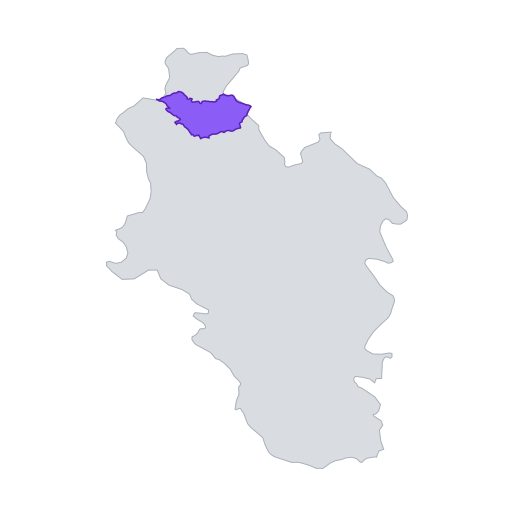 where Jablanicki sits in Republic of Serbia, rotated 192°
{"feature_id": "SRB-843", "entity_name": "Jablanicki", "entity_type": "District", "adm_level": 1, "iso_a3": "SRB", "parent_name": "Republic of Serbia", "parent_adm1": "", "projection": "robinson", "projection_center": [22.002, 42.918], "detail": "fine", "context": "in_parent", "style": "filled", "palette": "violet", "viewbox_px": 512, "rotation_deg": 192, "n_neighbors": 0, "source": "natural_earth", "source_scale": "10m", "svg_char_len": 8870}
<svg xmlns="http://www.w3.org/2000/svg" viewBox="0 0 512 512"><g transform="rotate(192 256 256)"><path d="M291.0,193.3L304.1,196.9L310.0,200.4L313.1,204.9L321.4,207.8L334.9,209.3L344.4,213.9L349.7,221.7L358.3,219.8L370.3,208.3L382.0,205.3L393.6,210.8L400.0,215.3L401.0,218.9L398.4,220.3L391.9,219.6L386.6,221.8L382.5,226.9L381.9,232.3L384.8,238.0L388.9,242.0L394.2,244.2L397.0,247.2L397.4,251.0L398.8,252.0L395.8,253.8L392.5,256.4L390.7,260.9L390.2,268.3L379.9,274.0L376.0,275.0L374.3,278.8L371.6,289.5L372.0,297.6L373.4,301.7L374.0,305.0L377.3,309.2L380.4,315.5L382.4,323.8L386.9,330.2L398.4,336.5L404.1,340.2L408.4,345.6L411.6,350.4L421.1,356.8L420.4,361.4L418.3,365.9L416.2,368.0L411.5,373.8L406.9,377.0L399.3,387.2L387.3,387.7L384.5,388.5L380.0,391.3L377.8,396.4L379.9,400.5L379.7,404.6L377.5,412.6L380.5,421.2L384.7,425.1L385.4,427.4L384.7,431.4L378.4,439.5L376.4,442.6L370.1,444.1L368.0,443.3L364.7,440.5L361.7,439.6L354.1,443.0L346.4,445.0L340.4,443.4L334.4,443.2L330.3,444.6L327.2,445.1L321.0,448.7L311.2,451.2L306.7,450.7L305.0,447.4L303.2,442.6L304.1,440.5L310.6,436.7L311.3,433.1L320.4,416.0L322.1,410.4L322.2,408.5L319.8,407.3L314.9,407.4L292.9,400.4L293.9,392.4L287.5,388.1L280.5,384.2L279.4,380.0L271.7,371.3L266.0,366.4L258.8,364.0L252.6,360.4L248.9,358.3L247.3,354.2L247.3,351.8L245.4,349.5L242.4,349.8L237.3,353.0L231.0,355.8L229.9,357.8L232.2,362.6L233.8,365.6L233.0,368.5L231.0,372.2L218.9,380.3L217.6,383.1L219.8,387.7L218.4,389.8L208.3,392.8L208.5,390.3L207.9,386.3L202.2,382.0L194.1,378.7L176.1,367.4L169.2,365.9L163.0,364.6L154.1,359.2L149.6,358.3L144.5,354.4L133.6,341.4L124.3,334.3L118.0,330.7L116.2,327.2L115.9,323.6L116.1,322.3L121.0,317.3L124.8,316.5L129.6,316.3L132.7,318.9L136.9,319.5L139.2,316.2L140.5,311.4L140.0,305.4L130.2,291.3L121.7,281.4L120.7,279.3L122.6,277.4L125.6,276.4L128.8,277.3L137.2,278.0L145.2,277.1L148.0,274.7L148.1,271.4L145.1,268.4L135.8,260.3L128.6,253.2L120.0,247.8L113.7,245.6L111.8,242.8L111.1,239.8L111.9,234.4L112.4,227.5L113.9,223.1L119.8,214.9L125.4,206.2L128.9,197.8L130.8,190.1L130.2,187.8L127.3,186.2L121.3,184.5L112.8,186.0L105.6,188.8L102.8,189.0L102.0,185.5L103.1,184.0L105.3,184.2L107.2,184.8L109.2,183.3L110.4,178.6L107.7,162.4L113.0,161.0L113.2,158.7L113.7,156.6L119.1,159.4L126.9,159.5L133.7,158.9L134.7,157.3L134.7,155.0L133.3,153.2L130.9,151.8L129.2,149.5L124.6,148.6L110.4,142.8L103.4,136.6L103.8,130.1L105.9,126.5L108.3,125.2L107.6,124.0L99.6,121.0L96.8,116.8L99.2,111.3L95.2,100.4L90.9,93.6L95.3,90.7L96.0,86.5L96.3,84.2L98.1,84.2L105.2,81.4L107.7,79.2L109.2,76.5L110.9,75.9L115.6,78.7L120.5,79.0L126.1,77.2L130.2,74.6L135.2,72.5L137.5,71.1L140.4,68.8L146.3,62.2L152.9,60.8L161.7,62.5L171.2,63.1L178.3,61.5L196.3,63.5L200.2,65.0L202.7,66.7L207.4,72.5L211.8,79.9L218.1,83.3L225.6,87.3L229.4,90.3L235.1,99.2L239.5,103.5L241.0,103.3L242.5,102.2L243.6,101.3L244.8,102.1L244.8,104.8L245.1,110.7L243.9,117.1L245.5,123.1L245.5,125.0L244.4,126.7L244.5,128.2L246.1,129.9L252.2,133.8L257.8,140.0L264.4,144.3L270.4,147.0L274.2,147.2L280.5,152.2L292.9,155.8L296.8,157.0L299.5,159.0L301.5,161.4L301.6,163.9L299.7,165.1L297.0,168.6L295.9,172.7L293.9,173.8L292.0,173.8L290.5,175.1L290.8,176.9L292.5,178.6L295.0,180.2L300.0,181.7L304.9,184.1L304.8,185.9L303.8,187.9L297.6,188.6L293.0,188.9L290.9,189.7L291.0,193.3Z" fill="#d9dde1" stroke="#a8b0b8" stroke-width="1"/><path d="M386.3,388.4L386.2,388.4L385.7,388.7L384.3,388.5L383.1,388.5L382.4,389.1L381.2,390.9L380.3,391.5L378.2,392.5L377.5,393.1L377.0,393.8L376.1,394.1L375.5,394.5L375.1,394.7L374.6,394.8L373.7,395.0L373.4,395.1L373.0,395.6L372.6,396.0L372.3,396.4L371.8,397.0L371.6,397.2L371.4,397.4L370.6,397.9L370.2,398.2L370.0,398.4L369.7,398.5L369.2,398.6L368.4,398.7L368.1,398.8L367.8,399.0L367.6,399.1L367.2,399.5L366.7,400.2L365.8,400.8L365.7,400.9L365.4,400.9L365.2,400.9L364.9,400.9L364.7,400.9L364.3,400.7L364.1,400.7L363.9,400.7L363.7,400.7L363.2,400.9L362.8,400.8L362.4,400.6L362.1,400.4L361.2,400.1L360.6,399.8L360.3,399.6L360.2,399.4L359.9,398.9L359.7,398.8L359.6,398.7L359.4,398.6L358.8,398.4L358.1,398.1L356.6,397.1L356.3,396.8L356.2,396.7L356.2,396.4L356.3,395.8L356.2,395.7L355.9,395.4L355.5,395.3L355.1,395.3L354.8,395.3L354.5,395.4L354.3,395.4L354.2,395.5L353.5,396.3L353.4,396.5L353.2,396.5L352.9,396.6L352.1,396.5L351.8,396.5L351.5,396.4L351.3,396.4L351.2,396.3L351.1,396.2L351.1,395.8L351.6,395.2L351.7,394.8L351.7,394.7L351.1,393.8L351.0,393.6L350.8,393.6L350.7,393.5L350.1,393.5L349.2,393.5L348.9,393.5L348.6,393.6L348.1,393.8L347.5,394.2L347.3,394.3L346.6,394.6L345.5,395.0L344.7,395.2L344.3,395.2L344.1,395.1L343.9,395.0L343.5,394.7L342.9,394.0L342.7,393.9L342.3,393.7L342.1,393.7L341.8,393.7L341.7,393.7L341.5,393.8L341.4,393.9L341.2,394.3L341.0,394.7L340.9,395.5L340.7,395.9L340.6,396.1L340.0,396.4L339.5,396.6L337.7,397.1L337.1,397.0L336.6,397.0L335.7,397.2L335.0,397.4L334.8,397.4L334.3,397.4L333.4,397.3L333.2,397.3L332.9,397.4L332.1,397.6L331.8,397.7L331.6,397.7L331.3,397.7L331.1,397.7L330.2,397.9L329.7,397.9L329.4,397.9L329.3,398.0L327.9,398.4L327.7,398.5L327.1,398.9L327.0,399.1L326.9,399.2L326.9,399.4L326.9,399.6L327.0,399.7L327.2,400.1L327.3,400.2L327.2,400.4L327.1,400.5L326.6,400.7L326.5,400.8L326.3,400.9L326.1,401.3L325.9,401.4L325.7,401.6L325.2,401.9L325.0,402.0L324.9,402.1L324.8,402.3L324.8,402.5L324.8,403.2L324.8,404.0L324.9,404.8L324.8,405.1L324.6,405.3L323.8,405.9L323.5,406.1L322.8,406.4L322.6,406.5L322.3,406.7L321.5,407.6L321.0,407.3L318.6,406.8L316.9,406.8L313.4,408.3L312.2,408.3L310.8,407.5L308.2,404.5L307.0,403.5L305.2,402.9L297.0,401.9L294.1,402.0L292.7,401.6L291.9,401.1L292.0,400.8L292.3,400.5L292.6,400.0L292.9,398.5L294.0,395.1L294.3,393.5L294.3,391.4L296.3,389.7L296.7,388.7L296.7,388.0L296.8,387.8L296.9,387.5L297.5,386.9L297.6,386.6L297.6,386.1L297.6,385.9L297.7,385.3L297.6,385.1L297.6,384.7L297.6,384.4L297.7,384.2L298.0,384.0L298.2,383.8L298.6,383.6L298.9,383.4L299.1,383.1L299.2,382.9L299.6,382.4L299.7,382.1L299.7,381.9L299.6,381.7L299.2,381.1L299.1,380.9L298.9,380.4L298.9,380.2L298.5,379.9L298.4,379.7L298.1,379.1L297.9,378.6L297.8,378.4L297.8,378.1L298.0,377.9L299.1,377.5L299.8,377.3L301.9,376.0L302.4,375.7L302.8,375.3L303.0,375.1L303.5,374.5L303.6,374.3L303.8,374.1L304.7,373.5L304.9,373.4L305.2,373.3L305.6,373.1L305.9,373.1L306.2,373.0L308.9,373.1L309.2,373.0L309.6,373.0L309.9,372.9L310.2,372.7L310.9,372.2L311.6,371.8L311.9,371.6L312.0,371.4L312.4,370.7L312.6,370.5L312.7,370.4L313.0,370.2L313.3,370.2L313.5,370.2L313.8,370.3L314.4,370.7L314.5,370.7L314.6,370.8L314.7,370.7L314.9,370.7L315.2,370.5L315.9,370.3L316.6,370.1L316.7,369.9L317.0,369.5L317.4,369.2L317.9,368.9L318.4,368.3L318.7,368.0L318.9,367.9L319.9,367.3L320.8,366.9L321.3,366.7L321.8,366.6L322.6,366.5L322.9,366.4L323.8,366.2L324.0,366.0L325.6,364.9L326.1,364.4L326.6,363.8L327.2,363.4L327.3,363.2L327.2,362.9L326.9,362.5L326.5,361.8L327.9,361.7L328.5,361.7L330.0,361.7L330.6,361.6L331.2,361.4L331.7,361.2L332.4,360.8L333.5,360.2L334.5,359.3L337.1,362.3L338.0,361.7L338.6,361.7L339.0,361.6L339.5,361.4L340.6,360.6L340.8,360.5L341.2,360.4L341.4,360.4L341.5,360.4L341.7,360.5L341.9,360.6L342.2,361.0L342.3,361.2L342.7,361.4L342.9,361.5L343.1,361.6L343.3,361.6L343.5,361.5L344.0,361.2L344.4,361.2L344.5,361.2L344.6,361.3L344.8,361.9L345.0,362.2L345.1,362.3L345.3,362.5L345.9,362.8L346.1,362.9L346.3,363.0L346.7,363.6L347.1,364.0L347.5,364.5L348.3,365.2L348.5,365.4L349.0,365.7L349.4,366.0L349.6,366.1L350.2,366.3L350.3,366.4L350.7,366.7L351.0,366.9L351.4,367.1L352.1,367.3L352.5,367.5L352.9,367.8L353.4,368.2L353.6,368.4L354.3,369.3L354.7,369.7L355.2,369.7L355.8,369.6L356.1,369.6L356.4,369.6L356.9,369.8L357.4,370.0L357.6,370.1L357.8,370.1L358.0,370.1L359.4,369.9L359.6,369.8L359.8,369.8L360.0,369.6L360.5,369.0L361.1,368.2L361.6,368.7L362.2,369.1L363.0,369.7L363.1,369.9L363.1,370.0L362.4,370.6L362.0,371.1L361.8,371.2L361.7,371.3L361.1,371.5L360.9,371.6L360.3,371.9L360.2,372.0L359.8,372.4L359.7,372.6L358.6,373.4L358.5,373.5L358.4,373.7L358.4,373.9L358.5,374.1L358.7,374.3L359.6,374.8L359.8,374.9L360.2,375.0L361.2,375.2L361.5,375.2L361.8,375.4L362.0,375.5L362.6,376.1L362.9,376.3L363.1,376.4L363.3,376.5L363.5,376.5L364.3,376.3L364.6,376.3L364.9,376.3L365.3,376.4L365.6,376.5L366.3,376.8L368.0,377.5L368.6,377.9L369.3,378.2L369.7,378.5L369.9,378.7L370.1,378.7L370.9,378.7L371.2,378.7L371.4,378.8L371.6,378.8L372.6,379.3L373.7,380.0L374.2,380.3L374.4,380.5L374.6,380.9L374.7,381.1L374.7,381.3L374.6,381.5L374.4,381.7L374.2,381.8L374.0,382.0L373.6,382.1L372.7,382.3L371.3,382.6L371.9,383.1L372.7,383.7L372.9,383.8L373.2,383.9L373.7,384.1L374.0,384.3L374.3,384.5L374.5,385.1L374.7,385.3L375.1,385.6L375.4,386.0L375.7,386.2L376.1,386.5L376.7,386.7L377.3,387.1L377.6,387.2L378.4,387.3L378.6,387.4L379.3,387.7L379.6,387.7L379.9,387.7L380.5,387.7L380.8,387.7L381.7,387.6L382.3,387.5L382.7,387.6L383.0,387.6L383.6,387.9L383.9,388.0L384.5,388.1L386.3,388.4Z" fill="#8b5cf6" stroke="#5b21b6" stroke-width="1.5"/></g></svg>